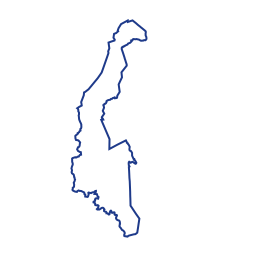 Santiago Comaltepec, Oaxaca, Mexico, rotated 118°
{"feature_id": "50627088B9825150146899", "entity_name": "Santiago Comaltepec", "entity_type": "district", "adm_level": 2, "iso_a3": "MEX", "parent_name": "Mexico", "parent_adm1": "Oaxaca", "projection": "mercator", "projection_center": [-96.381, 17.637], "detail": "fine", "context": "isolated", "style": "outline", "palette": "blue", "viewbox_px": 256, "rotation_deg": 118, "n_neighbors": 0, "source": "geoboundaries", "source_scale": "gbopen_adm2", "svg_char_len": 5467}
<svg xmlns="http://www.w3.org/2000/svg" viewBox="0 0 256 256"><g transform="rotate(118 128 128)"><path d="M225.0,80.7L225.0,79.8L224.8,79.5L224.7,79.1L224.5,78.8L224.4,78.1L224.3,77.8L224.1,77.4L223.9,77.4L223.3,77.2L222.6,76.7L219.2,73.0L218.2,71.6L216.1,70.7L211.7,72.2L207.8,73.6L202.7,75.4L200.1,80.6L197.6,85.2L196.6,87.0L195.4,89.3L192.9,90.7L189.2,92.8L188.5,93.2L188.2,93.4L186.1,94.6L183.2,96.2L174.3,101.4L171.4,103.3L165.3,106.9L162.1,108.9L161.6,108.6L161.2,108.6L160.9,109.2L160.5,109.8L158.6,111.0L158.3,111.0L157.8,111.2L157.2,111.1L157.1,110.8L157.4,109.6L157.4,109.3L156.2,108.6L155.7,108.0L156.1,104.7L155.5,104.2L154.7,104.4L153.2,106.8L153.4,107.4L153.2,107.9L152.4,108.1L152.5,108.8L150.5,111.4L148.1,112.7L147.0,114.4L147.1,115.1L147.0,116.0L146.1,116.8L144.8,117.3L143.9,117.6L142.7,119.2L142.2,120.1L142.1,120.6L141.6,121.0L141.6,121.9L141.6,122.1L140.9,122.6L140.3,123.6L140.1,123.7L140.0,123.8L139.9,124.0L147.8,129.6L155.3,134.6L146.5,139.1L133.4,155.4L132.2,153.8L131.5,154.8L131.4,155.8L130.7,156.2L126.5,155.7L124.7,158.3L121.3,158.7L120.4,159.4L119.4,160.5L118.7,160.1L117.7,160.1L117.2,159.4L116.2,159.1L115.1,159.2L114.5,159.6L113.5,159.2L112.6,158.5L112.1,157.9L111.3,156.9L110.3,156.7L109.7,155.8L108.6,155.4L108.1,154.8L107.3,154.2L107.9,153.6L107.0,152.3L106.4,151.9L104.5,152.6L100.0,152.3L93.9,156.7L90.7,156.9L86.1,157.1L81.9,159.9L73.6,158.4L72.4,159.1L71.0,160.6L69.3,162.3L68.0,163.7L67.6,164.0L64.2,167.5L61.2,170.7L60.5,171.0L60.1,171.2L59.7,171.2L59.5,170.8L59.2,170.6L58.7,170.7L58.4,170.4L58.1,170.0L57.7,170.0L57.2,169.4L56.9,169.4L56.4,169.1L55.3,168.2L54.4,167.6L53.8,167.6L53.5,167.6L52.4,166.7L51.7,166.1L49.9,165.6L49.4,166.1L49.2,165.6L48.6,165.3L48.3,165.6L47.0,165.1L46.1,163.0L45.8,162.6L45.5,162.3L44.8,159.7L44.9,158.2L44.9,157.7L44.4,156.7L44.1,156.3L43.7,155.6L42.8,155.0L42.7,154.6L42.4,153.9L41.8,153.6L41.3,153.2L41.3,152.9L41.1,153.3L40.9,153.5L40.7,153.5L39.4,154.3L39.1,154.5L38.8,154.9L38.1,155.8L36.4,156.8L35.6,157.0L34.4,157.7L34.0,159.0L33.3,162.5L33.0,164.2L32.8,164.9L32.4,167.3L31.7,170.2L30.9,174.5L32.1,175.7L34.4,177.9L33.2,178.7L39.5,182.9L44.2,183.2L45.6,183.0L46.8,182.8L47.2,182.1L49.8,183.1L51.4,184.5L55.1,183.2L56.2,181.2L57.1,181.0L59.9,183.7L61.7,185.3L66.4,181.9L67.1,181.8L69.6,181.5L70.4,180.9L70.9,180.5L71.7,180.3L72.5,180.2L73.6,180.0L87.2,177.9L91.4,177.3L98.1,178.1L112.3,181.0L116.3,182.8L117.2,183.5L119.9,182.4L127.1,181.5L128.5,180.4L129.9,179.4L132.4,181.1L134.4,182.1L134.5,181.7L134.4,181.4L135.2,180.5L135.8,180.1L136.1,180.0L136.5,179.8L137.0,179.1L137.3,178.6L137.8,178.3L138.5,177.9L139.5,177.5L140.0,177.5L141.3,176.5L142.0,176.1L143.4,175.1L144.1,174.3L144.3,174.1L144.5,173.8L144.6,173.6L144.9,173.4L145.7,172.2L146.8,170.9L147.0,170.8L148.9,169.7L149.7,169.4L150.4,169.3L151.3,169.6L151.9,169.3L152.6,168.7L153.7,169.3L154.7,169.2L156.1,170.0L156.5,169.6L158.2,170.2L159.1,170.7L159.8,170.8L162.0,169.4L163.0,168.2L162.3,166.6L162.4,166.1L162.3,165.8L163.2,163.5L164.6,163.1L166.1,162.5L167.2,162.3L168.2,162.6L168.5,163.1L170.7,162.9L171.7,161.4L171.8,159.4L171.5,158.3L173.6,156.9L174.4,157.8L175.3,158.0L176.4,158.1L177.0,159.1L178.1,159.6L178.6,160.2L178.5,160.7L178.8,161.1L180.6,162.8L181.2,163.0L184.1,161.4L185.1,160.3L186.3,159.6L188.3,159.4L190.3,158.9L190.9,158.2L192.0,157.4L193.4,157.1L194.3,156.2L194.5,155.2L194.5,154.5L194.8,153.9L195.9,153.0L196.7,152.4L196.7,152.1L198.2,151.0L198.3,150.6L200.1,150.2L201.8,150.2L203.2,149.0L205.2,148.1L206.8,148.7L207.6,148.2L208.7,148.0L209.1,147.1L209.0,144.9L208.4,143.1L207.6,143.1L206.9,142.7L206.3,142.2L206.3,141.2L205.6,139.8L205.5,136.4L206.9,135.3L206.8,134.5L208.6,133.6L207.8,131.3L207.1,131.2L204.9,131.6L203.9,132.6L203.5,132.5L202.8,130.0L201.6,129.3L200.7,127.8L199.8,127.7L198.9,127.2L198.6,126.8L199.4,126.4L201.9,126.5L201.0,124.4L202.5,122.9L202.8,121.6L204.4,121.2L204.9,123.0L205.6,123.6L206.7,123.5L206.9,123.2L207.9,122.9L209.2,123.8L209.9,123.5L209.7,122.3L210.1,121.5L211.2,121.0L211.4,120.6L210.9,119.1L210.3,118.5L210.5,117.5L212.4,116.9L214.2,117.4L214.4,116.8L214.0,116.0L213.4,115.0L212.4,114.4L211.8,114.1L211.4,114.0L210.9,113.7L210.4,113.1L210.2,112.6L210.2,112.1L210.4,111.7L210.5,111.5L210.7,111.1L210.9,110.6L211.2,110.6L211.6,110.7L212.6,110.1L212.6,109.4L212.6,108.9L212.4,108.4L212.3,108.1L212.5,107.8L212.6,107.4L212.9,107.2L213.4,107.0L213.3,106.8L213.2,106.5L213.1,106.2L213.0,105.9L213.1,105.5L213.2,105.3L213.3,105.0L213.4,104.7L213.4,104.3L213.0,103.9L212.7,103.9L212.2,104.0L211.8,104.2L211.2,104.4L210.6,104.5L210.2,104.6L209.6,104.6L209.3,104.5L209.0,104.3L209.1,103.9L209.4,103.6L209.7,103.2L209.9,103.1L210.1,102.8L210.4,102.3L210.3,102.0L210.0,101.7L209.6,101.5L209.3,101.1L209.0,100.8L208.9,100.4L209.2,100.0L209.4,99.9L209.9,99.7L210.3,99.4L210.5,99.4L210.8,99.0L210.8,98.4L210.6,98.2L210.4,97.9L210.3,97.6L210.1,97.2L210.2,96.9L210.4,96.7L210.8,96.6L211.2,96.6L211.5,96.6L211.9,96.5L212.3,96.6L212.6,96.5L213.2,96.3L213.4,96.1L213.7,95.8L213.9,95.3L214.1,95.0L214.2,94.4L214.2,93.9L214.1,93.4L214.0,92.9L213.9,92.4L214.1,91.9L214.4,91.6L214.6,91.3L214.9,91.0L215.6,90.6L215.9,90.3L216.4,90.3L216.9,89.9L217.5,89.9L218.1,89.6L218.6,89.5L218.9,89.2L219.2,88.8L219.3,88.5L219.5,88.0L219.6,87.7L219.7,87.4L220.0,86.9L220.3,86.4L220.5,85.9L220.8,85.5L220.8,85.0L220.8,84.7L220.8,84.2L220.9,83.7L221.0,83.4L221.2,83.1L221.4,82.6L221.6,82.2L222.0,81.8L222.2,81.6L222.7,81.4L223.8,81.3L225.0,80.7Z" fill="none" stroke="#1e3a8a" stroke-width="2"/></g></svg>